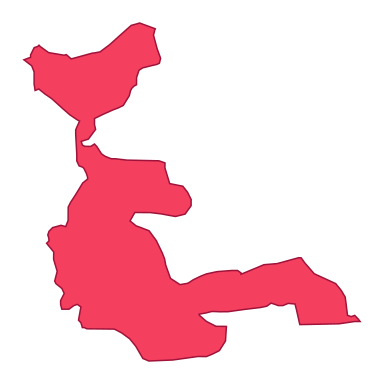 outline of Mahalet Demna, Ad Daqahliyah, Egypt
{"feature_id": "37247803B51586038654960", "entity_name": "Mahalet Demna", "entity_type": "district", "adm_level": 2, "iso_a3": "EGY", "parent_name": "Egypt", "parent_adm1": "Ad Daqahliyah", "projection": "orthographic", "projection_center": [31.519, 31.09], "detail": "fine", "context": "isolated", "style": "filled", "palette": "rose", "viewbox_px": 384, "rotation_deg": 0, "n_neighbors": 0, "source": "geoboundaries", "source_scale": "gbopen_adm2", "svg_char_len": 2569}
<svg xmlns="http://www.w3.org/2000/svg" viewBox="0 0 384 384"><path d="M155.3,28.8L139.6,23.0L137.0,23.8L131.2,25.4L120.4,35.0L109.6,44.7L100.0,51.9L94.0,53.0L92.8,53.0L71.2,58.9L66.3,54.6L64.1,55.2L48.6,52.6L40.2,46.5L39.0,45.2L37.8,46.4L36.7,46.8L34.2,47.6L33.0,50.0L30.6,54.9L30.6,57.3L23.9,59.8L31.7,65.8L34.1,71.9L34.1,76.8L34.1,84.1L35.1,90.5L38.8,89.0L44.8,93.9L51.9,98.8L62.7,108.6L69.8,114.8L77.0,119.7L79.6,121.1L76.9,127.0L75.7,129.9L75.7,134.3L76.8,154.9L76.8,161.0L79.1,165.9L82.7,167.2L83.9,168.4L86.3,173.3L87.5,176.9L87.7,179.0L82.7,183.0L75.4,195.0L70.6,202.3L68.2,207.1L68.1,220.5L65.7,226.6L61.0,225.3L52.6,227.6L49.0,231.3L47.8,234.9L48.9,238.6L48.9,241.0L46.6,243.3L53.7,252.0L53.6,259.3L57.2,271.4L55.9,276.3L54.7,281.1L55.9,283.6L61.9,288.5L64.2,293.4L63.0,295.8L60.6,300.6L60.6,304.3L61.8,309.2L69.0,309.2L73.8,305.6L77.3,304.4L80.9,306.9L78.5,320.2L80.9,322.7L82.0,326.3L82.3,327.6L84.4,327.6L86.8,328.8L97.6,328.9L114.3,329.1L121.5,332.8L129.8,338.9L135.8,346.3L142.9,358.5L145.1,359.4L148.8,361.0L172.8,360.0L197.9,356.5L206.3,356.6L209.0,355.5L212.2,354.2L219.4,350.6L225.5,341.0L226.4,326.4L216.0,326.3L206.4,321.4L199.3,315.2L199.1,314.2L206.7,312.8L211.6,311.5L213.7,311.5L220.7,311.8L223.6,311.7L228.1,311.7L244.6,309.4L260.6,307.5L266.8,306.2L271.1,303.1L275.0,304.4L278.3,305.6L282.9,305.6L288.2,303.4L295.0,304.0L296.5,309.9L299.8,324.6L339.1,323.8L354.7,321.5L360.1,321.5L358.3,319.1L354.7,315.4L351.1,316.6L347.5,315.3L346.0,303.1L345.2,297.1L342.7,292.9L341.6,291.0L340.8,289.9L335.7,283.6L314.8,274.0L314.5,273.8L314.2,273.7L304.6,262.7L303.1,260.5L301.1,257.8L298.7,257.7L277.1,263.6L263.9,264.7L254.1,268.8L241.1,274.2L241.1,273.0L237.6,270.5L234.9,270.5L231.6,270.5L217.2,271.6L206.4,273.9L200.4,276.3L193.2,279.8L189.0,282.6L187.2,283.4L180.0,284.6L170.5,278.4L165.7,265.0L164.6,258.9L162.2,252.8L156.3,240.6L149.1,230.8L139.6,227.1L136.0,225.8L130.0,220.9L132.5,216.6L134.8,212.5L150.4,212.6L161.2,213.9L169.9,215.5L175.5,216.5L185.1,214.1L191.1,205.7L191.1,201.1L191.2,199.6L187.6,192.3L182.8,186.2L169.7,183.6L164.9,167.8L165.0,162.9L159.0,160.8L126.7,160.1L115.9,158.8L111.1,158.7L105.1,156.3L101.5,153.8L96.8,146.5L94.4,144.0L90.8,146.4L84.8,146.3L82.4,145.1L81.2,141.4L88.4,139.1L95.6,129.4L94.5,124.6L94.5,119.9L94.5,118.5L102.5,114.6L112.5,110.1L114.1,109.5L118.5,107.8L123.3,105.4L129.3,95.7L130.5,90.9L131.7,88.4L134.1,86.0L136.5,84.8L136.6,77.5L139.0,70.3L142.6,67.9L152.2,65.5L157.0,64.4L159.4,63.2L160.6,58.3L157.1,48.6L153.5,35.2L154.7,30.3L155.3,28.8Z" fill="#f43f5e" stroke="#9f1239" stroke-width="1.5"/></svg>